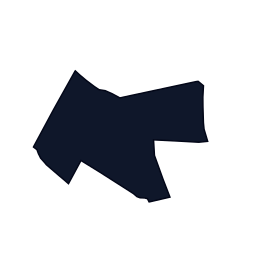 the district of Draganesti-Vlasca, Teleorman, Romania, rotated 42°
{"feature_id": "2599482B23402185147760", "entity_name": "Draganesti-Vlasca", "entity_type": "district", "adm_level": 2, "iso_a3": "ROU", "parent_name": "Romania", "parent_adm1": "Teleorman", "projection": "natural_earth1", "projection_center": [25.499, 44.111], "detail": "fine", "context": "isolated", "style": "filled", "palette": "ink", "viewbox_px": 256, "rotation_deg": 42, "n_neighbors": 0, "source": "geoboundaries", "source_scale": "gbopen_adm2", "svg_char_len": 716}
<svg xmlns="http://www.w3.org/2000/svg" viewBox="0 0 256 256"><g transform="rotate(42 128 128)"><path d="M70.5,205.4L74.8,205.0L79.0,207.2L79.4,207.3L81.7,208.2L83.1,208.8L89.4,209.5L91.9,209.9L109.1,209.5L114.9,209.3L121.0,209.2L114.8,183.6L136.8,179.6L175.9,173.1L180.6,173.0L183.6,171.8L187.1,168.9L189.8,167.5L193.1,168.8L193.4,168.5L205.4,151.3L188.4,142.7L166.0,130.7L154.9,119.7L172.2,105.6L190.1,91.2L196.1,84.6L185.3,78.0L180.5,73.6L169.4,62.0L163.0,55.0L155.8,46.1L148.9,46.4L147.6,47.9L141.5,56.3L101.8,111.1L93.5,113.1L86.1,115.5L80.9,118.9L75.3,119.7L69.6,120.2L64.9,120.6L56.2,120.9L50.6,120.8L50.6,121.1L60.3,163.8L70.4,205.2L70.5,205.4Z" fill="#0f172a" stroke="#020617" stroke-width="1.5"/></g></svg>